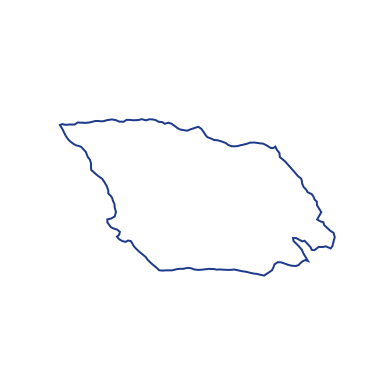 outline of Santa Maria do Salto, Minas Gerais, Brazil, rotated 303°
{"feature_id": "56859067B45600385966200", "entity_name": "Santa Maria do Salto", "entity_type": "district", "adm_level": 2, "iso_a3": "BRA", "parent_name": "Brazil", "parent_adm1": "Minas Gerais", "projection": "albers", "projection_center": [-40.119, -16.295], "detail": "fine", "context": "isolated", "style": "outline", "palette": "blue", "viewbox_px": 384, "rotation_deg": 303, "n_neighbors": 0, "source": "geoboundaries", "source_scale": "gbopen_adm2", "svg_char_len": 2730}
<svg xmlns="http://www.w3.org/2000/svg" viewBox="0 0 384 384"><g transform="rotate(303 192 192)"><path d="M275.5,237.2L273.0,236.2L271.8,233.8L271.7,229.1L271.3,225.4L269.5,221.8L267.5,217.4L264.9,213.7L262.1,211.6L260.2,209.8L257.9,207.5L255.0,204.8L253.2,202.4L251.9,200.1L251.2,196.9L251.5,193.7L250.5,189.2L249.2,185.0L247.6,182.2L247.2,178.7L246.4,175.2L247.1,172.4L248.9,168.5L250.1,165.2L250.1,161.7L247.0,159.2L243.7,156.6L240.8,154.6L239.0,150.5L237.9,147.8L237.7,145.1L237.9,141.9L238.1,137.5L237.1,134.3L234.4,132.0L234.4,128.9L232.7,125.7L232.5,122.3L231.6,119.9L229.9,116.8L227.0,114.3L225.8,110.3L223.1,107.8L220.2,103.7L218.5,100.4L216.8,97.8L213.7,96.4L211.4,92.7L210.9,89.2L209.3,85.4L206.2,81.8L203.4,79.4L201.6,77.0L200.5,74.7L198.9,72.3L196.8,70.3L195.0,68.7L193.4,66.8L191.8,64.8L190.1,61.8L188.0,58.3L184.6,56.8L182.1,52.8L179.4,49.3L178.3,46.2L176.2,44.8L174.5,48.5L172.1,52.5L170.3,55.6L169.2,58.3L168.4,60.6L168.0,63.2L167.8,66.7L168.0,69.5L168.9,71.9L169.5,74.3L168.7,77.7L167.7,81.3L166.2,83.3L164.7,85.4L163.5,88.7L161.0,91.8L158.4,93.3L155.5,95.6L155.0,99.6L154.4,103.4L154.2,107.1L154.1,109.7L152.3,113.8L150.3,117.6L147.7,120.9L145.1,122.7L144.5,126.0L143.5,128.3L141.8,130.2L139.7,133.4L136.6,135.9L133.9,139.1L129.4,140.5L125.8,138.7L122.9,135.9L120.4,137.6L119.3,140.6L118.3,143.0L118.7,146.2L119.7,149.7L119.3,153.2L116.5,154.2L113.7,153.4L112.7,156.5L112.9,160.4L114.1,163.6L116.5,164.8L117.5,167.4L116.5,169.7L114.8,172.8L113.9,176.4L113.2,180.1L112.7,184.6L112.3,188.4L110.9,192.0L110.1,196.1L109.6,199.8L109.1,204.1L108.5,207.1L110.2,210.4L111.8,212.4L113.5,214.9L115.1,217.5L116.9,219.3L119.1,221.4L121.2,223.9L122.7,226.4L124.8,228.4L126.4,230.3L127.5,232.7L128.3,236.1L129.8,239.3L132.0,242.3L134.3,245.1L136.5,247.7L137.8,249.9L139.3,252.3L140.3,255.0L142.1,257.3L143.9,260.6L145.9,264.0L147.7,266.8L150.1,269.8L151.5,273.6L152.9,277.3L154.6,280.9L155.9,284.7L157.2,288.2L158.5,290.7L159.6,293.8L161.2,298.0L165.6,299.9L169.8,301.7L172.8,301.4L176.2,300.6L179.8,302.1L181.6,305.2L182.5,308.9L183.4,312.8L184.6,316.0L186.6,319.5L188.8,321.2L191.3,321.6L194.2,322.5L196.7,324.2L197.3,326.8L201.4,318.5L203.4,315.6L204.9,310.3L206.2,303.9L208.4,301.8L210.1,304.5L210.6,311.3L212.4,313.0L210.3,321.5L208.7,323.9L209.8,326.3L215.0,328.2L217.0,331.5L219.3,333.9L220.2,339.0L223.3,339.2L227.8,337.6L231.9,336.3L234.8,333.0L234.8,329.0L236.3,320.8L238.2,318.6L237.3,315.9L237.1,311.9L245.5,311.4L248.9,304.1L251.9,301.9L252.4,299.1L254.1,296.7L255.4,293.6L254.8,289.1L256.1,286.6L257.0,282.9L258.8,280.1L260.8,278.4L262.7,276.2L263.0,272.4L264.5,267.3L266.0,261.9L268.2,254.0L268.6,251.5L269.1,246.7L272.4,244.0L273.7,239.9L275.5,237.2Z" fill="none" stroke="#1e3a8a" stroke-width="2"/></g></svg>